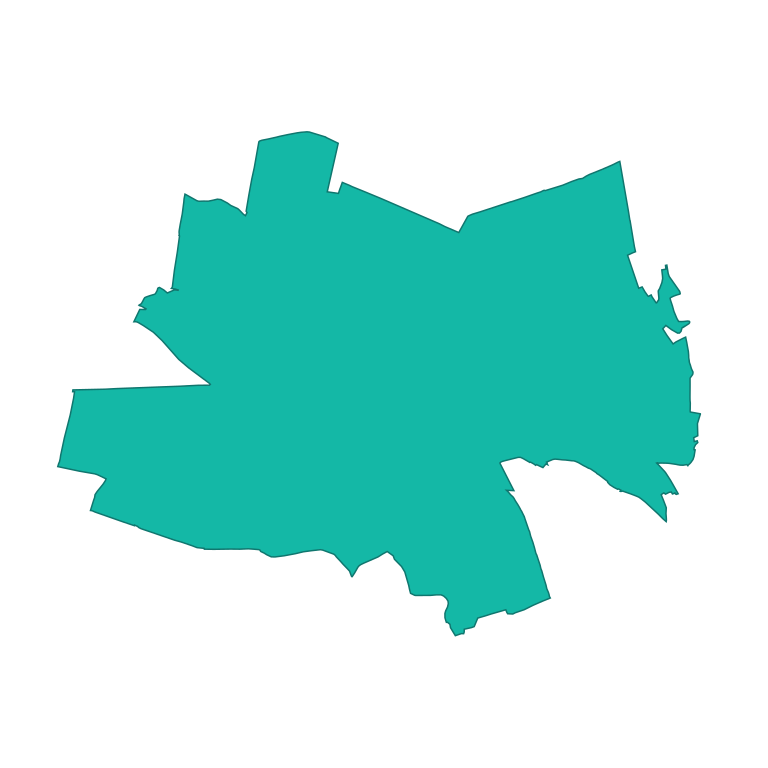 the district of Nufaru, Tulcea, Romania, rotated 185°
{"feature_id": "2599482B16280673296012", "entity_name": "Nufaru", "entity_type": "district", "adm_level": 2, "iso_a3": "ROU", "parent_name": "Romania", "parent_adm1": "Tulcea", "projection": "robinson", "projection_center": [28.921, 45.135], "detail": "fine", "context": "isolated", "style": "filled", "palette": "teal", "viewbox_px": 768, "rotation_deg": 185, "n_neighbors": 0, "source": "geoboundaries", "source_scale": "gbopen_adm2", "svg_char_len": 6045}
<svg xmlns="http://www.w3.org/2000/svg" viewBox="0 0 768 768"><g transform="rotate(185 384 384)"><path d="M207.5,181.3L199.7,185.3L200.7,186.8L201.2,188.6L202.0,190.6L204.0,194.3L205.1,197.8L208.3,205.6L210.5,211.5L211.7,213.9L212.7,217.1L215.3,223.1L216.9,226.9L217.9,228.5L219.8,233.9L221.9,239.3L222.7,241.0L224.6,245.1L226.2,249.8L227.0,251.1L231.8,261.9L232.7,264.1L235.1,268.0L235.7,269.1L236.7,270.3L237.4,271.5L239.8,275.0L243.2,279.4L244.1,280.8L244.9,281.9L245.7,282.8L248.3,284.8L250.9,287.4L252.7,288.8L245.3,289.1L261.5,315.0L261.6,315.5L260.8,316.4L259.4,317.2L257.0,318.1L244.3,322.5L243.3,322.7L241.5,322.8L238.8,321.8L231.9,318.6L231.6,318.9L230.9,318.8L227.6,317.3L225.8,316.2L225.0,317.0L221.0,315.5L218.4,314.6L215.7,318.4L215.3,318.3L214.0,317.9L214.6,318.8L214.6,319.5L214.8,320.1L215.2,320.4L209.3,323.5L207.1,324.1L203.9,324.1L199.8,324.0L196.4,324.1L190.1,323.9L188.1,324.0L186.1,323.5L183.4,322.6L178.1,320.1L175.3,319.0L173.6,318.2L172.4,317.8L171.2,317.6L164.8,314.1L164.6,313.8L164.2,313.4L161.7,312.1L152.7,306.4L152.6,305.5L150.2,303.3L145.8,301.0L142.1,299.5L141.5,299.9L140.7,299.7L138.8,298.9L139.4,297.7L138.7,297.6L136.9,298.1L136.1,297.9L128.9,296.1L123.0,294.4L120.3,293.5L117.9,292.1L113.5,289.2L99.7,278.5L94.6,274.2L90.9,271.5L90.8,272.4L90.8,273.0L91.1,275.3L91.8,279.5L92.0,285.3L95.6,292.8L98.2,297.8L97.2,298.8L95.7,299.9L94.0,298.8L93.1,299.3L90.4,301.0L88.3,301.4L87.1,299.6L85.1,300.4L84.7,300.9L83.9,299.8L83.2,299.5L81.4,300.3L87.7,309.5L90.3,313.2L94.1,318.1L95.9,320.4L97.1,321.6L103.1,327.0L105.5,329.0L104.5,329.4L103.9,329.0L101.3,329.4L95.1,329.8L92.5,329.8L86.0,329.4L84.4,329.2L81.9,329.0L78.8,329.2L77.3,329.6L75.3,330.1L74.2,329.1L73.8,329.9L72.5,331.2L71.4,332.6L69.6,335.7L68.8,339.0L68.5,343.0L68.3,345.5L69.5,345.6L69.5,347.8L68.3,350.8L66.3,353.0L67.0,354.7L69.9,353.7L70.8,357.5L66.9,359.8L68.3,371.9L66.2,381.7L66.3,381.9L76.4,382.8L76.7,383.9L76.8,386.0L77.2,391.7L77.7,394.3L78.0,397.2L79.0,409.6L79.5,415.1L79.6,416.2L79.5,416.7L79.0,417.6L77.4,420.3L77.2,421.1L77.2,422.6L77.4,423.2L78.1,424.3L79.1,426.1L79.8,427.8L80.4,429.4L81.1,430.9L81.7,432.3L82.1,434.3L82.7,436.6L83.0,439.3L83.6,442.8L86.1,452.0L87.6,457.0L90.2,455.5L96.9,451.3L99.5,449.1L106.3,457.0L111.1,463.3L108.3,466.9L102.3,463.2L96.0,460.3L94.1,460.5L92.7,462.3L92.0,465.9L90.1,467.3L90.1,467.1L85.5,470.7L84.9,471.7L84.9,472.6L85.4,473.1L86.9,473.2L91.0,472.4L93.2,472.1L96.0,472.0L98.0,474.9L101.5,481.6L103.5,487.0L105.8,492.3L106.5,494.4L105.9,495.1L103.3,496.7L100.1,498.2L97.0,499.4L96.8,500.0L97.5,502.0L109.2,515.9L110.5,518.8L112.6,527.1L113.9,526.7L113.2,523.0L117.2,521.9L116.0,515.9L115.6,513.3L116.0,509.2L116.3,508.2L117.7,503.2L118.7,501.2L118.9,500.5L118.7,499.1L117.6,493.1L117.8,492.3L117.8,491.1L118.6,490.5L119.1,489.2L119.3,488.8L119.9,488.5L120.2,488.7L121.1,489.9L124.6,494.2L125.6,496.0L128.2,494.4L128.8,494.7L132.1,498.6L135.3,503.2L138.6,501.6L152.6,533.5L147.6,536.4L145.0,537.7L146.6,542.9L148.3,549.5L153.1,568.2L153.3,568.3L155.6,577.6L168.5,626.3L170.1,625.5L176.0,621.9L186.2,616.4L197.5,610.7L200.7,608.7L204.1,606.1L207.8,605.2L214.6,602.1L223.3,597.6L240.2,590.7L241.0,590.9L241.5,590.8L241.9,590.7L244.7,589.0L248.5,587.4L260.7,581.9L272.9,576.7L273.7,576.5L303.4,563.8L310.7,560.9L314.0,559.1L315.1,558.4L322.7,541.4L337.0,546.1L342.7,548.4L403.4,568.6L420.2,573.9L432.9,577.8L435.8,578.9L443.1,581.2L444.6,575.5L444.9,574.6L446.0,569.9L457.3,570.5L450.6,619.8L462.2,624.2L463.7,624.8L463.8,624.9L463.8,625.0L480.3,628.5L482.7,628.5L488.6,627.5L492.5,626.6L501.4,624.1L509.6,621.6L512.7,620.5L520.9,617.9L526.8,616.2L528.9,615.3L529.6,614.7L529.8,614.1L532.1,588.1L533.6,576.5L535.1,560.4L536.4,544.1L535.4,542.8L536.7,539.6L538.7,540.7L543.3,544.7L544.9,545.9L552.2,548.5L555.7,550.6L562.6,553.5L566.1,553.6L570.0,552.3L575.0,550.8L579.4,550.5L584.4,549.9L586.4,550.3L597.6,555.3L598.8,555.8L599.3,551.1L599.3,547.8L599.8,535.7L600.9,525.4L601.4,519.1L601.4,517.6L601.0,515.1L601.0,514.6L601.2,514.1L600.6,513.6L601.4,497.2L602.7,479.1L603.3,462.3L603.7,461.3L604.1,460.7L600.3,460.4L597.2,459.7L597.3,459.4L600.8,459.6L607.8,455.8L611.6,458.5L616.1,460.6L617.0,460.2L617.7,459.6L618.1,457.4L619.5,454.2L620.3,453.4L624.9,451.6L627.8,450.3L629.0,449.7L629.8,449.2L630.2,448.6L630.8,447.4L631.4,445.8L632.7,442.9L634.4,441.6L635.0,441.1L634.6,440.8L632.0,440.2L627.6,438.1L628.0,437.4L633.8,437.0L638.6,424.2L636.8,424.4L635.2,424.2L633.7,423.6L628.9,421.3L618.3,415.5L608.8,407.9L590.6,390.6L579.9,383.0L558.1,369.5L557.0,368.5L557.8,367.6L569.1,366.5L587.0,364.0L650.1,356.1L661.4,354.5L693.4,351.0L693.5,349.2L691.6,349.3L692.0,342.6L693.9,325.7L697.7,302.6L699.9,284.7L700.1,281.1L700.6,277.8L701.1,276.7L701.8,273.3L679.8,270.6L664.4,269.3L661.7,268.7L652.6,265.3L653.2,263.3L655.2,259.6L660.4,251.9L662.2,248.6L662.4,245.6L663.1,243.0L665.4,232.4L663.6,232.3L660.8,231.3L631.1,223.7L620.3,221.1L620.2,221.7L616.9,220.6L616.1,219.8L613.5,218.7L578.7,210.1L572.2,208.9L561.2,206.2L556.0,204.7L548.8,204.6L548.6,203.8L539.0,204.5L522.4,206.2L513.2,206.9L504.8,208.0L499.4,208.1L494.1,208.1L492.9,207.6L492.4,206.6L491.9,206.3L488.4,205.0L486.2,203.8L481.3,202.0L477.6,202.2L468.4,204.2L457.3,207.3L449.8,209.8L441.8,211.6L432.9,213.4L430.6,213.2L419.2,210.1L418.1,209.4L417.3,208.7L416.6,207.8L411.6,203.3L409.1,200.9L404.6,197.0L402.0,194.6L399.8,189.9L399.3,189.3L398.9,189.3L398.6,189.9L396.8,193.2L394.1,199.1L393.2,200.5L391.5,202.0L388.5,203.8L374.9,211.2L370.7,214.4L366.2,217.4L359.9,213.7L358.3,210.3L350.6,203.7L346.9,198.6L341.8,185.4L340.7,181.7L339.3,177.8L335.1,176.2L334.0,176.1L319.2,177.5L313.5,178.5L308.7,178.9L306.1,178.0L303.2,175.8L301.3,173.3L300.8,170.8L301.3,167.3L302.8,163.4L303.3,160.7L302.9,156.5L301.9,153.9L301.1,152.0L300.1,152.2L297.4,150.4L296.5,147.0L291.0,139.5L285.1,142.1L282.9,142.2L282.5,143.9L282.7,146.7L275.5,149.0L273.0,150.2L270.2,159.0L262.5,162.0L257.3,164.2L243.0,169.7L241.8,167.3L240.8,165.9L235.6,166.1L233.4,167.5L224.6,171.4L216.3,176.5L207.5,181.3Z" fill="#14b8a6" stroke="#0f766e" stroke-width="1.5"/></g></svg>